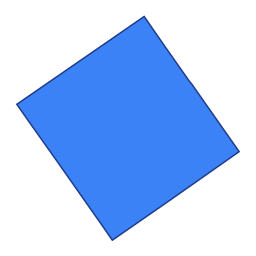 outline of Montgomery, Indiana, United States of America, rotated 145°
{"feature_id": "52423323B86671673668040", "entity_name": "Montgomery", "entity_type": "district", "adm_level": 2, "iso_a3": "USA", "parent_name": "United States of America", "parent_adm1": "Indiana", "projection": "robinson", "projection_center": [-86.901, 40.04], "detail": "fine", "context": "isolated", "style": "filled", "palette": "blue", "viewbox_px": 256, "rotation_deg": 145, "n_neighbors": 0, "source": "geoboundaries", "source_scale": "gbopen_adm2", "svg_char_len": 339}
<svg xmlns="http://www.w3.org/2000/svg" viewBox="0 0 256 256"><g transform="rotate(145 128 128)"><path d="M205.5,211.2L205.5,183.6L205.2,141.7L205.1,62.0L205.2,45.1L138.4,44.8L116.4,44.8L50.5,44.9L50.6,128.2L50.9,130.3L51.0,169.1L51.0,172.6L50.8,210.1L82.8,210.3L205.5,211.2Z" fill="#3b82f6" stroke="#1e3a8a" stroke-width="1.5"/></g></svg>